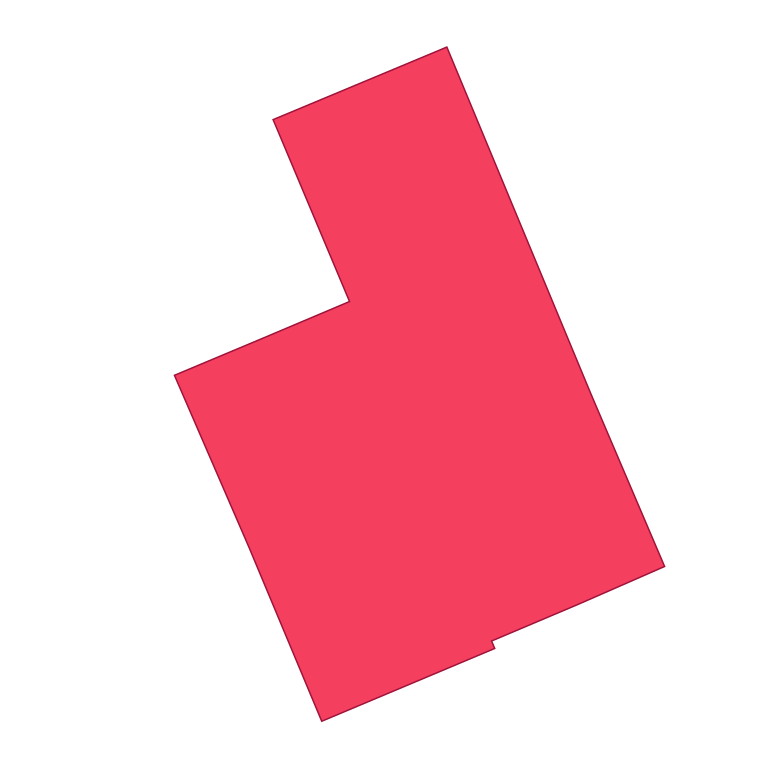 Montcalm, Michigan, United States of America, rotated 67°
{"feature_id": "52423323B91024562611381", "entity_name": "Montcalm", "entity_type": "district", "adm_level": 2, "iso_a3": "USA", "parent_name": "United States of America", "parent_adm1": "Michigan", "projection": "orthographic", "projection_center": [-85.151, 43.293], "detail": "fine", "context": "isolated", "style": "filled", "palette": "rose", "viewbox_px": 768, "rotation_deg": 67, "n_neighbors": 0, "source": "geoboundaries", "source_scale": "gbopen_adm2", "svg_char_len": 348}
<svg xmlns="http://www.w3.org/2000/svg" viewBox="0 0 768 768"><g transform="rotate(67 384 384)"><path d="M473.7,197.4L98.4,194.5L97.3,382.8L105.8,382.8L294.6,383.5L294.5,478.6L294.1,573.5L388.1,572.8L481.8,572.1L670.1,573.1L670.7,385.4L662.6,385.4L662.7,291.2L661.6,197.0L473.7,197.4Z" fill="#f43f5e" stroke="#9f1239" stroke-width="1.5"/></g></svg>